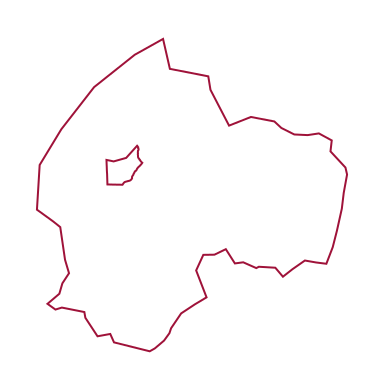 outline of Taragt, Övörhangay, Mongolia, rotated 265°
{"feature_id": "93677404B58682850586725", "entity_name": "Taragt", "entity_type": "district", "adm_level": 2, "iso_a3": "MNG", "parent_name": "Mongolia", "parent_adm1": "Övörhangay", "projection": "robinson", "projection_center": [102.735, 46.092], "detail": "fine", "context": "isolated", "style": "outline", "palette": "rose", "viewbox_px": 384, "rotation_deg": 265, "n_neighbors": 0, "source": "geoboundaries", "source_scale": "gbopen_adm2", "svg_char_len": 2078}
<svg xmlns="http://www.w3.org/2000/svg" viewBox="0 0 384 384"><g transform="rotate(265 192 192)"><path d="M347.0,176.5L333.7,146.9L305.0,103.6L265.9,67.3L232.2,42.6L187.9,36.0L174.8,51.1L168.5,57.7L135.6,59.6L121.8,62.4L112.3,54.9L102.2,51.0L93.2,38.3L86.8,45.7L88.2,52.3L81.8,74.3L76.0,74.8L56.5,85.3L57.7,98.2L49.0,101.2L37.0,136.0L39.4,141.3L46.4,151.2L53.3,157.2L58.1,159.3L72.0,170.6L79.9,185.2L85.8,197.3L113.5,189.3L128.4,197.8L127.6,208.9L132.1,220.7L117.1,228.5L117.5,236.9L110.6,249.4L111.7,252.1L109.3,268.4L99.7,275.2L106.3,285.3L113.9,298.5L111.0,309.4L108.8,319.6L124.8,327.4L140.8,333.0L162.3,339.8L178.0,343.1L195.9,348.0L203.0,347.0L220.4,333.5L231.2,335.7L239.3,323.5L238.6,312.2L240.4,298.9L248.0,286.6L255.1,280.2L261.6,257.2L254.9,234.7L292.2,219.3L305.8,218.3L316.6,180.7L347.0,176.5ZM231.7,129.4L242.9,141.4L242.8,141.5L242.6,141.5L242.2,141.5L241.9,141.6L241.8,141.8L241.6,142.1L241.3,142.3L240.9,142.1L240.4,142.1L240.0,142.4L239.5,142.5L238.6,142.4L238.2,142.0L237.9,141.8L237.6,141.7L237.4,141.7L236.7,141.6L236.4,141.5L235.7,141.5L235.3,141.6L234.8,141.4L234.4,141.3L233.4,141.4L232.2,141.3L231.5,141.3L230.8,141.5L230.4,141.7L230.1,141.8L229.8,142.2L229.6,142.3L229.3,142.4L229.0,142.5L228.9,142.5L228.6,142.9L228.1,143.1L227.7,143.3L227.1,143.6L226.5,144.1L225.5,144.9L225.4,145.0L224.2,144.0L222.1,141.7L221.8,141.1L221.2,140.5L220.7,139.9L220.2,139.6L219.8,139.2L219.1,138.8L218.5,138.5L218.3,138.3L218.1,138.1L218.0,137.8L217.8,137.4L217.6,137.1L217.4,136.8L217.0,136.6L216.7,136.5L216.5,136.4L216.2,136.2L215.5,135.6L215.1,135.4L214.9,135.3L214.3,135.1L213.4,134.3L212.6,133.7L212.2,133.6L211.7,133.5L210.9,133.5L210.7,133.4L210.0,132.8L209.4,132.2L209.0,131.6L208.9,131.3L208.8,131.1L208.7,130.9L208.5,129.5L208.5,129.2L208.4,129.1L208.3,128.4L208.1,127.2L207.8,125.9L207.2,125.0L206.4,124.3L205.3,123.4L206.1,115.6L206.1,115.4L206.9,108.4L217.6,109.0L218.4,109.0L218.6,109.0L221.5,109.1L225.0,109.3L225.4,109.3L229.5,109.5L231.4,109.6L230.2,113.7L230.1,114.0L229.3,116.6L231.7,129.4Z" fill="none" stroke="#9f1239" stroke-width="2"/></g></svg>